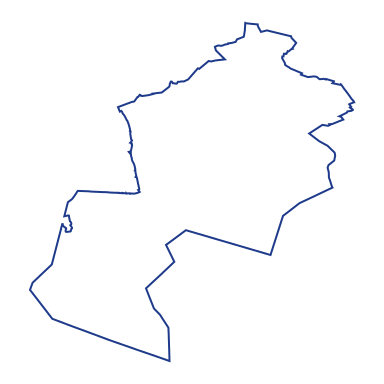 the district of Hengelo (O), Overijssel, Netherlands
{"feature_id": "6326949B60832085423850", "entity_name": "Hengelo (O)", "entity_type": "district", "adm_level": 2, "iso_a3": "NLD", "parent_name": "Netherlands", "parent_adm1": "Overijssel", "projection": "natural_earth1", "projection_center": [6.781, 52.252], "detail": "fine", "context": "isolated", "style": "outline", "palette": "blue", "viewbox_px": 384, "rotation_deg": 0, "n_neighbors": 0, "source": "geoboundaries", "source_scale": "gbopen_adm2", "svg_char_len": 5577}
<svg xmlns="http://www.w3.org/2000/svg" viewBox="0 0 384 384"><path d="M118.0,107.1L119.7,111.3L119.9,111.6L120.0,111.5L121.1,110.9L122.1,111.8L122.5,113.1L123.0,113.9L123.4,114.3L124.0,115.0L124.2,115.3L125.4,117.4L125.9,118.5L126.7,120.1L127.2,120.5L128.2,123.0L129.0,125.4L129.3,126.5L129.6,127.7L129.9,128.9L130.1,130.2L130.3,131.2L130.3,131.6L130.5,131.6L130.5,131.8L130.3,131.8L130.5,132.1L130.4,132.4L130.3,133.9L131.1,139.1L131.3,139.2L131.5,140.1L131.8,140.2L131.9,140.3L132.0,140.4L131.6,141.1L130.6,142.7L130.4,142.6L130.2,142.8L131.7,143.4L131.7,144.4L132.0,144.5L132.0,144.9L132.1,145.8L131.9,146.1L131.7,147.4L131.4,148.7L130.8,151.3L130.8,151.5L130.6,151.3L128.8,151.9L129.5,152.7L131.0,154.6L131.1,156.3L131.8,157.9L131.8,158.2L131.7,158.6L132.0,159.9L132.4,161.1L133.1,162.3L133.7,163.5L134.2,164.7L134.6,166.0L135.3,169.2L134.9,170.2L135.1,170.3L135.0,170.5L135.3,170.6L135.6,172.9L135.9,174.3L136.3,175.8L136.2,176.0L135.6,177.0L136.8,177.4L137.3,179.7L138.0,183.4L139.3,189.1L139.2,189.2L138.6,189.8L138.2,190.0L139.7,191.9L139.1,192.2L137.7,192.8L136.4,193.2L135.1,193.5L133.8,193.6L132.4,193.6L131.3,193.5L131.0,193.4L130.8,193.6L130.6,193.7L130.4,193.8L129.6,193.7L129.4,193.3L127.4,193.4L126.6,193.5L126.5,193.4L126.5,193.5L126.4,193.5L126.4,193.4L125.3,193.3L124.8,193.2L124.2,193.1L123.2,193.1L122.8,192.9L122.4,192.9L122.5,193.2L118.7,193.0L118.7,192.8L116.7,192.7L116.2,192.8L109.0,192.5L108.5,192.3L104.1,192.1L102.6,192.1L93.9,191.7L91.5,191.6L89.1,191.4L88.8,191.3L83.2,191.1L78.1,190.9L77.8,190.9L77.6,191.1L77.2,191.6L76.8,192.2L76.4,193.0L75.0,195.1L73.5,197.2L72.6,198.4L71.7,199.4L69.8,200.8L67.9,202.2L64.3,216.3L68.4,215.4L68.9,215.6L69.2,217.8L69.3,218.0L69.9,221.1L70.8,222.1L71.1,222.7L71.4,223.9L71.3,224.1L71.0,224.5L70.3,225.2L70.8,225.9L71.5,226.7L71.8,227.4L72.0,227.9L72.0,228.3L71.7,228.7L71.4,228.9L71.2,229.2L71.2,229.6L70.7,231.2L70.5,231.4L70.2,231.5L69.8,231.5L69.4,231.6L69.1,231.6L68.6,231.7L67.8,231.8L66.4,231.9L66.1,231.9L65.8,231.7L65.7,231.5L65.6,231.1L65.7,230.0L65.9,229.4L66.2,228.9L66.2,228.6L66.1,228.2L65.9,228.0L65.0,227.5L64.7,227.1L64.4,227.0L63.7,226.5L63.2,225.8L62.9,225.2L62.8,224.7L62.5,223.3L61.0,228.7L61.1,229.1L61.1,229.4L60.8,229.8L51.8,264.5L32.6,282.7L30.0,289.9L33.6,294.5L52.3,318.8L71.9,326.2L90.9,333.2L109.1,340.0L134.9,349.0L135.0,349.1L155.5,356.1L168.6,360.7L169.5,361.0L169.3,353.5L169.2,349.7L169.0,344.0L168.7,334.2L168.4,327.7L165.3,322.9L162.7,319.0L161.8,317.5L160.0,314.7L154.0,308.6L149.5,297.3L146.0,288.3L162.1,273.4L163.3,272.2L164.7,270.9L174.3,261.8L167.9,248.7L166.0,244.9L171.9,240.6L173.3,239.6L173.5,239.4L185.9,230.2L270.5,255.0L283.0,215.9L298.8,203.7L299.6,203.1L313.3,196.7L322.7,192.2L332.5,187.6L331.9,186.6L330.3,181.4L329.8,179.8L329.4,179.0L328.9,177.2L328.8,172.7L328.6,171.5L327.6,167.8L328.0,166.6L328.5,165.1L334.2,160.6L335.2,155.5L335.1,155.2L334.6,152.6L327.6,145.8L319.2,141.2L309.2,133.5L322.4,124.9L328.1,125.8L329.7,125.1L329.5,124.9L329.2,124.2L332.3,124.0L335.3,122.8L339.2,121.2L341.5,120.3L343.3,119.6L341.3,117.0L339.4,116.3L340.1,116.0L340.2,115.9L342.7,114.7L346.7,112.7L347.2,112.2L347.4,111.4L351.1,110.9L352.9,110.0L352.9,109.8L352.8,109.6L352.4,109.2L352.0,109.0L351.9,108.9L351.2,108.6L350.8,108.4L350.5,108.1L350.4,108.0L350.3,107.8L350.2,107.8L349.9,107.5L351.1,106.8L349.2,104.3L350.8,103.5L352.2,103.0L353.9,102.2L354.0,102.2L353.6,101.5L353.7,101.3L353.6,101.2L353.2,100.7L352.4,99.7L351.9,99.3L350.5,97.4L349.5,95.9L347.9,93.7L346.7,92.1L344.3,89.0L344.0,88.7L343.6,88.0L343.4,87.7L341.3,84.8L340.7,84.2L340.1,84.8L332.5,83.2L333.6,82.0L333.9,81.3L326.1,79.0L325.8,79.5L323.6,78.8L321.6,79.1L319.4,79.1L317.2,77.2L316.1,76.7L313.7,76.4L308.0,77.1L301.0,74.7L302.0,73.3L291.0,68.7L290.6,68.5L290.2,68.3L288.6,67.0L288.0,66.8L287.0,66.2L286.1,65.6L285.4,65.0L285.1,64.8L285.0,63.8L284.9,63.2L284.8,62.9L283.6,60.8L282.6,59.0L282.1,58.2L282.3,56.5L283.5,56.4L283.6,55.8L283.8,54.3L283.9,53.8L284.1,53.8L284.5,53.7L284.9,53.6L285.3,53.7L285.4,53.8L285.5,53.7L286.1,53.9L286.3,53.9L286.4,53.7L286.5,53.7L287.6,51.4L287.9,51.7L288.6,51.4L291.4,49.1L292.7,48.8L292.3,48.3L296.2,42.9L295.0,41.6L293.9,40.4L291.7,38.1L291.5,37.8L291.4,37.5L291.2,36.5L291.1,36.3L281.2,33.9L267.3,30.5L267.0,30.4L261.0,31.9L258.4,27.2L257.8,25.7L257.7,25.1L257.7,24.4L251.9,23.9L245.6,23.2L245.3,23.0L245.1,24.0L245.2,25.3L245.1,26.0L245.1,26.3L245.1,26.5L245.0,27.2L245.0,27.5L244.9,29.3L244.8,30.2L244.8,30.3L244.9,30.5L244.8,30.8L244.7,31.3L244.1,35.1L243.9,35.9L243.8,36.3L243.8,36.6L243.6,36.9L243.3,36.9L243.1,37.0L237.0,39.4L235.7,41.8L235.4,42.0L234.0,42.3L231.5,43.0L231.0,43.0L230.5,43.1L230.0,43.1L228.1,43.4L228.1,43.6L228.3,43.8L228.1,43.9L226.8,44.3L225.9,44.3L225.4,44.4L224.3,44.9L224.1,44.9L222.9,45.4L222.2,45.6L221.1,45.8L220.4,45.8L220.0,45.7L219.6,45.6L219.4,45.5L218.6,45.6L217.8,45.6L217.7,45.6L214.9,46.8L215.9,50.4L224.9,59.4L217.7,60.2L215.2,60.5L211.5,61.4L210.8,61.4L208.7,61.0L199.2,68.9L197.9,68.3L188.2,79.4L183.8,81.5L183.1,81.4L180.9,81.5L179.8,81.8L177.9,81.8L177.1,83.2L176.9,83.5L176.6,83.6L176.4,83.7L175.6,83.6L173.9,83.3L173.7,83.3L172.8,83.2L172.8,82.9L171.5,81.3L171.5,80.8L171.3,81.2L171.1,81.5L170.9,81.9L170.6,82.0L170.4,82.7L170.1,83.1L169.8,84.0L169.5,86.1L169.4,86.4L169.2,86.6L169.0,86.9L161.8,92.5L152.8,93.6L153.1,94.0L148.3,95.2L143.2,95.9L142.6,96.0L142.2,96.0L141.7,95.9L140.8,95.7L140.5,95.6L140.3,95.3L140.3,94.9L139.7,94.8L138.4,96.6L138.2,96.9L137.8,96.9L137.7,96.9L137.5,97.0L137.4,97.1L134.3,101.4L134.1,101.5L133.0,101.8L132.2,101.8L118.0,107.1Z" fill="none" stroke="#1e3a8a" stroke-width="2"/></svg>